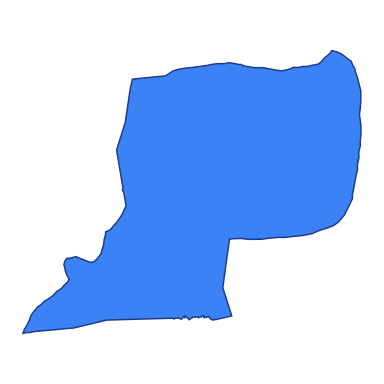 Ile Oluji/Okeigbo, Ondo, Nigeria
{"feature_id": "59680162B60046857326615", "entity_name": "Ile Oluji/Okeigbo", "entity_type": "district", "adm_level": 2, "iso_a3": "NGA", "parent_name": "Nigeria", "parent_adm1": "Ondo", "projection": "natural_earth1", "projection_center": [4.846, 7.238], "detail": "fine", "context": "isolated", "style": "filled", "palette": "blue", "viewbox_px": 384, "rotation_deg": 0, "n_neighbors": 0, "source": "geoboundaries", "source_scale": "gbopen_adm2", "svg_char_len": 2883}
<svg xmlns="http://www.w3.org/2000/svg" viewBox="0 0 384 384"><path d="M329.5,227.1L332.7,226.0L336.4,223.5L338.6,221.8L344.5,214.9L347.4,209.0L350.3,203.0L352.5,198.5L352.4,194.9L353.2,191.1L354.6,183.4L356.0,175.8L357.5,169.8L357.4,164.7L358.9,157.9L358.8,152.0L360.3,146.0L360.3,140.9L361.0,133.3L360.9,125.6L360.2,119.7L359.4,114.6L360.1,109.5L360.8,101.8L360.8,95.0L360.8,90.8L359.3,84.9L358.2,80.8L357.8,78.9L355.5,72.1L354.8,68.8L352.5,64.5L351.1,61.1L347.4,58.6L344.4,56.1L340.7,53.6L337.0,51.9L331.9,50.6L329.7,53.6L326.8,56.1L324.6,57.9L321.7,61.3L318.7,63.9L315.1,64.8L310.6,65.6L307.0,66.5L302.6,66.5L298.9,67.4L296.0,67.4L293.0,67.4L289.4,69.2L285.7,70.0L282.0,70.9L276.1,70.1L271.7,69.3L262.9,67.6L259.2,67.7L258.5,67.7L254.8,67.7L249.6,66.9L244.5,66.1L240.8,64.4L238.6,64.4L230.5,62.8L228.3,62.8L224.6,63.6L216.6,63.7L210.7,64.6L207.0,65.5L203.9,65.9L201.1,66.3L195.5,67.0L193.8,67.2L185.7,68.1L179.8,69.0L174.4,70.5L173.2,70.8L169.6,73.3L165.2,75.9L156.7,76.7L152.8,77.1L134.4,78.9L134.1,78.9L132.4,79.1L130.3,88.6L125.2,122.6L116.6,150.0L117.3,154.3L122.9,187.5L123.1,188.1L122.4,190.3L123.8,192.5L126.1,206.1L123.9,210.4L122.5,213.8L120.3,217.2L118.1,220.6L110.0,230.0L105.6,231.8L105.6,234.3L104.2,239.4L104.2,239.6L103.5,245.4L102.0,249.6L101.3,253.0L99.4,255.9L98.4,257.3L97.1,258.8L96.2,259.8L95.1,260.7L94.0,261.6L91.8,262.4L88.1,261.6L82.2,259.1L79.3,258.3L76.3,256.6L69.7,258.3L66.8,258.3L64.6,261.7L63.9,265.1L64.6,266.8L65.4,271.1L66.9,275.3L69.1,278.7L68.4,280.4L67.6,282.1L64.7,284.7L61.8,288.1L60.8,288.9L59.6,289.8L56.7,291.5L54.5,294.1L51.5,296.7L47.9,299.2L44.9,300.9L41.3,304.4L37.6,306.9L34.0,311.2L31.0,315.5L29.6,319.7L26.7,325.7L24.5,329.1L23.0,333.4L26.7,332.5L30.4,332.5L34.1,331.6L53.9,329.8L65.4,328.7L73.6,328.0L106.4,320.1L153.8,318.7L162.9,318.5L171.4,318.2L171.8,318.3L172.8,318.3L173.6,318.4L174.1,319.0L175.0,318.3L177.9,318.0L178.3,317.8L179.2,318.5L180.2,318.8L181.6,319.1L182.6,317.9L183.6,316.7L184.3,317.3L184.9,317.7L185.0,315.8L186.8,317.2L187.3,317.7L189.1,319.7L192.7,317.5L192.9,317.3L193.3,317.0L193.7,316.8L194.0,316.7L194.3,316.8L194.7,317.1L195.4,317.1L195.9,317.1L196.3,316.8L197.7,317.2L198.2,317.2L198.5,317.4L198.7,317.7L199.8,317.0L201.2,316.5L201.3,316.8L201.6,316.5L202.5,315.8L203.0,315.5L203.4,316.6L204.0,317.6L204.4,317.3L205.5,316.5L206.1,317.5L206.6,317.3L206.8,317.1L207.1,316.9L207.5,316.9L208.0,316.7L208.2,316.9L208.6,316.6L208.8,316.9L209.6,317.8L210.3,318.6L210.8,319.1L212.1,319.8L213.1,320.1L214.4,319.6L216.1,319.5L231.7,315.9L231.7,315.7L223.3,289.4L222.8,287.8L226.7,259.1L227.6,252.6L227.8,251.6L229.5,239.2L231.6,238.9L235.0,238.6L241.7,238.5L248.3,239.3L252.7,239.3L256.4,239.3L262.2,239.2L267.4,238.4L277.7,237.4L285.0,237.4L292.4,236.5L300.8,235.7L301.9,235.6L311.5,233.8L313.0,233.2L319.5,230.4L322.0,229.6L327.6,227.8L329.5,227.1Z" fill="#3b82f6" stroke="#1e3a8a" stroke-width="1.5"/></svg>